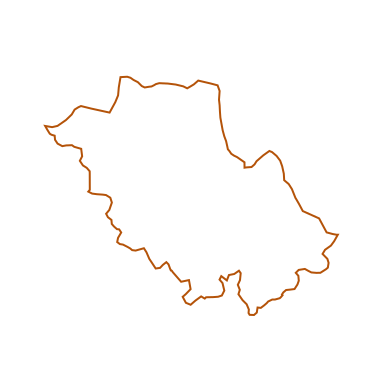 Dibis, At-Ta'mim, Iraq, rotated 49°
{"feature_id": "34846034B21026183347642", "entity_name": "Dibis", "entity_type": "district", "adm_level": 2, "iso_a3": "IRQ", "parent_name": "Iraq", "parent_adm1": "At-Ta'mim", "projection": "robinson", "projection_center": [44.143, 35.661], "detail": "fine", "context": "isolated", "style": "outline", "palette": "amber", "viewbox_px": 384, "rotation_deg": 49, "n_neighbors": 0, "source": "geoboundaries", "source_scale": "gbopen_adm2", "svg_char_len": 2597}
<svg xmlns="http://www.w3.org/2000/svg" viewBox="0 0 384 384"><g transform="rotate(49 192 192)"><path d="M196.6,275.3L199.2,273.0L200.9,269.4L202.9,265.2L207.6,265.9L214.5,268.1L220.8,268.9L225.9,269.6L228.3,265.9L227.9,261.8L228.1,257.4L231.2,257.2L235.6,258.9L236.9,259.3L236.9,259.2L237.2,259.1L238.3,258.9L239.8,259.1L240.2,259.1L247.4,259.1L252.6,259.1L255.2,254.4L256.5,252.1L264.4,256.8L265.0,263.8L265.0,267.8L271.6,269.3L276.2,267.0L276.2,260.7L276.8,253.6L280.8,252.3L280.7,250.4L285.2,245.0L288.2,241.0L289.7,237.4L287.6,232.3L280.7,228.7L276.2,228.7L274.7,225.1L281.6,223.7L278.9,218.6L281.6,213.9L282.2,208.2L285.2,208.5L290.0,213.6L292.1,218.3L297.2,220.1L299.6,224.0L306.8,224.8L312.6,224.4L318.0,226.2L320.4,228.7L322.5,229.1L325.5,225.9L325.5,222.2L324.3,220.8L322.2,218.3L324.6,216.1L324.9,211.8L324.9,208.5L324.6,206.4L325.8,202.0L327.6,199.9L329.7,195.5L329.7,194.1L329.3,191.4L328.4,191.4L327.7,189.0L327.7,185.3L330.3,181.6L332.5,178.3L331.0,173.1L329.0,169.6L325.0,166.7L321.1,166.7L320.8,162.6L324.1,157.3L327.7,156.0L331.0,154.7L334.6,151.2L337.2,148.1L338.2,141.5L338.2,139.1L335.1,135.4L331.3,133.7L324.4,134.1L322.9,129.5L323.6,122.3L322.4,117.0L319.9,110.0L318.9,111.1L316.0,113.4L310.8,116.9L295.3,113.4L279.1,120.9L271.3,119.1L265.6,118.0L264.3,117.8L255.4,114.7L249.5,113.8L243.6,114.7L238.4,110.7L231.8,107.1L226.2,104.9L220.3,104.5L214.4,105.4L211.8,106.7L211.1,114.2L211.1,120.0L211.1,123.1L212.2,126.7L212.2,130.7L209.2,134.7L208.1,136.4L204.0,132.9L195.2,135.1L192.2,136.4L188.9,137.3L185.6,136.9L183.3,136.9L180.8,135.5L176.0,132.9L171.2,131.1L165.6,128.4L159.7,124.9L154.5,121.8L149.7,118.2L144.6,114.2L140.1,111.1L133.9,104.9L128.3,102.7L122.4,106.7L112.0,114.2L112.0,120.0L111.3,124.0L110.6,127.6L106.5,129.3L100.2,133.8L94.3,139.1L88.4,145.3L86.9,148.4L86.5,150.6L85.8,153.3L84.3,155.5L82.1,159.1L79.1,160.4L73.6,160.8L69.1,162.6L65.4,163.5L62.5,165.3L58.4,170.6L65.0,178.6L70.6,184.4L73.9,191.0L78.0,202.1L63.1,213.2L54.3,219.4L53.5,222.1L52.8,226.5L54.6,231.9L55.0,239.9L53.9,250.1L51.3,255.0L45.8,259.5L49.8,260.3L54.7,261.1L56.6,260.5L59.4,258.7L62.7,261.1L67.3,261.7L72.3,259.8L74.3,256.4L77.9,251.9L80.7,251.2L84.1,249.0L86.7,247.3L93.0,251.5L94.9,256.2L100.4,256.9L104.7,255.6L109.2,255.6L110.9,257.0L123.3,267.7L123.7,270.0L127.7,268.4L131.3,265.2L135.4,261.1L137.9,258.9L142.7,257.4L147.4,259.4L151.3,266.2L152.1,271.1L155.9,272.0L160.2,271.1L163.5,273.5L166.9,273.5L170.8,273.0L172.4,271.5L176.1,272.0L178.1,277.9L180.7,281.3L184.0,280.6L186.4,278.6L191.1,276.7L194.0,275.7L196.6,275.3Z" fill="none" stroke="#b45309" stroke-width="2"/></g></svg>